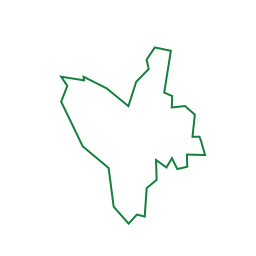 outline of Torit, Eastern Equatoria, South Sudan, rotated 23°
{"feature_id": "79223893B91619257593054", "entity_name": "Torit", "entity_type": "district", "adm_level": 2, "iso_a3": "SSD", "parent_name": "South Sudan", "parent_adm1": "Eastern Equatoria", "projection": "orthographic", "projection_center": [32.622, 4.383], "detail": "fine", "context": "isolated", "style": "outline", "palette": "green", "viewbox_px": 256, "rotation_deg": 23, "n_neighbors": 0, "source": "geoboundaries", "source_scale": "gbopen_adm2", "svg_char_len": 577}
<svg xmlns="http://www.w3.org/2000/svg" viewBox="0 0 256 256"><g transform="rotate(23 128 128)"><path d="M56.2,129.9L93.5,162.6L125.8,172.4L145.6,206.1L165.9,215.8L170.0,204.2L178.0,203.0L168.7,176.1L174.6,164.5L166.3,146.5L178.8,149.3L180.2,138.6L189.4,146.5L197.7,140.5L192.6,129.4L209.5,122.8L201.4,112.7L197.2,108.1L190.8,110.9L184.3,89.6L171.9,85.5L160.3,92.0L156.2,81.3L147.5,81.3L137.3,40.2L121.2,43.4L118.4,57.8L124.0,65.6L117.5,82.3L119.8,107.7L92.6,99.8L67.1,98.2L68.9,101.3L46.5,106.9L55.7,113.0L56.2,129.9Z" fill="none" stroke="#15803d" stroke-width="2"/></g></svg>